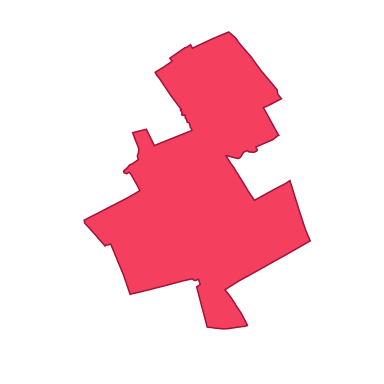 the district of Corni, Galati, Romania, rotated 344°
{"feature_id": "2599482B53256191678615", "entity_name": "Corni", "entity_type": "district", "adm_level": 2, "iso_a3": "ROU", "parent_name": "Romania", "parent_adm1": "Galati", "projection": "natural_earth1", "projection_center": [27.77, 45.857], "detail": "fine", "context": "isolated", "style": "filled", "palette": "rose", "viewbox_px": 384, "rotation_deg": 344, "n_neighbors": 0, "source": "geoboundaries", "source_scale": "gbopen_adm2", "svg_char_len": 3725}
<svg xmlns="http://www.w3.org/2000/svg" viewBox="0 0 384 384"><g transform="rotate(344 192 192)"><path d="M103.3,252.7L103.4,255.1L103.7,260.9L103.9,265.2L104.3,273.4L107.3,273.2L107.9,273.5L113.4,273.7L126.0,274.2L127.0,274.2L131.6,274.3L132.7,274.4L142.7,274.7L157.2,274.9L158.2,274.8L159.0,274.9L159.8,275.0L164.3,275.3L168.4,275.6L168.5,275.6L168.9,276.5L169.5,277.2L170.7,278.0L174.2,277.7L174.4,283.1L170.3,284.5L170.2,291.4L170.1,293.9L169.8,305.1L169.6,316.5L169.4,324.9L169.4,325.7L169.4,326.1L173.7,327.8L175.3,328.6L175.9,328.9L177.3,329.5L179.0,330.2L180.5,330.7L182.5,331.5L184.3,332.2L185.8,332.6L186.4,332.7L187.9,333.1L190.0,333.5L192.1,333.7L194.1,334.0L195.7,334.2L196.4,334.3L197.6,334.4L198.6,334.5L200.0,334.8L201.9,335.1L202.9,335.2L203.9,335.4L205.8,335.6L207.3,335.7L208.5,335.6L208.6,335.4L206.0,322.6L205.7,321.4L203.9,315.9L203.0,313.0L202.3,310.3L200.2,303.6L198.2,298.5L196.7,295.1L206.1,292.3L211.1,290.9L214.2,290.0L215.9,289.7L223.8,287.9L233.6,285.6L253.8,280.8L254.1,280.8L256.2,280.3L268.5,277.4L276.7,275.4L277.0,275.3L291.2,271.8L292.2,271.6L292.0,270.2L290.7,259.5L290.0,240.4L289.7,227.4L289.6,223.4L289.5,216.5L289.3,210.5L289.3,208.8L289.3,208.0L283.6,209.8L278.8,210.7L273.9,211.7L272.4,212.0L270.8,212.4L265.2,213.6L249.7,217.2L247.7,211.0L246.1,206.0L244.8,200.8L244.2,198.7L243.8,197.3L243.2,195.2L242.6,193.1L241.9,190.8L241.1,187.4L240.3,185.3L239.9,183.6L239.1,180.5L238.2,177.9L237.2,175.3L236.1,171.5L235.6,169.8L235.1,168.3L234.6,166.5L235.8,166.8L241.1,170.1L243.4,171.4L244.8,172.2L245.5,172.5L246.3,172.6L247.9,172.1L252.3,168.3L252.8,168.0L253.6,167.8L256.1,167.5L256.5,167.6L257.6,169.0L258.5,169.5L259.7,169.9L262.2,170.8L262.8,170.9L263.5,170.8L265.6,170.4L266.2,170.0L266.3,169.5L265.9,166.9L265.9,166.5L266.2,166.3L270.6,165.7L284.0,164.0L285.2,163.5L285.4,163.4L290.1,161.5L291.1,161.3L290.8,160.9L283.9,130.6L288.2,130.1L288.5,130.1L289.0,130.0L294.5,128.9L300.7,127.6L302.3,127.3L303.0,127.1L303.7,127.0L301.4,121.6L302.0,117.3L299.8,112.1L293.3,97.6L292.6,96.2L291.8,94.4L289.8,88.8L289.7,88.6L285.8,77.7L285.2,76.4L284.5,75.1L282.1,69.9L277.7,60.3L277.5,58.8L276.3,55.9L276.1,55.4L273.1,50.9L271.4,48.3L265.1,49.0L253.0,50.5L232.2,53.8L232.2,53.6L231.9,53.4L231.2,50.0L227.2,51.3L224.8,51.4L224.5,51.5L223.9,51.7L211.9,55.8L207.5,57.3L208.9,60.9L205.4,62.0L198.5,64.3L192.9,65.8L189.6,66.8L190.2,69.7L192.1,74.3L198.3,93.7L198.5,94.2L202.6,105.0L204.5,109.7L204.3,109.7L203.4,110.0L204.4,113.0L203.4,114.6L203.9,115.7L206.4,116.1L206.0,119.5L206.7,120.3L206.7,123.6L208.1,124.5L208.5,126.7L208.2,129.0L209.1,132.3L208.2,132.9L172.7,136.5L168.6,137.0L165.4,119.1L151.3,118.6L151.9,126.6L152.1,128.1L152.7,134.3L152.6,136.1L152.2,137.3L151.7,138.6L151.2,139.7L149.5,142.1L149.3,142.8L149.3,146.1L148.9,146.2L143.1,148.2L141.7,148.6L141.0,148.6L140.1,148.6L139.1,149.0L137.6,150.1L137.2,150.4L136.9,150.6L136.0,151.1L135.6,151.4L135.2,151.7L134.9,151.8L134.1,152.0L133.7,152.2L132.6,152.7L132.2,153.1L131.8,153.6L131.8,153.8L131.9,154.0L132.4,154.7L132.5,154.9L132.5,155.0L132.4,155.1L132.6,155.2L132.8,155.3L133.2,155.7L134.1,156.4L134.5,156.4L134.8,156.4L135.1,156.3L135.4,156.2L135.9,156.0L136.3,155.9L136.8,155.8L137.0,155.9L137.2,156.0L137.3,156.3L137.6,156.5L137.9,157.5L138.5,159.4L140.0,165.6L140.9,169.4L142.4,176.2L135.9,178.0L128.5,179.8L120.1,181.5L105.4,184.4L92.7,187.0L86.8,188.1L80.9,189.3L80.5,189.4L80.5,190.2L80.4,191.3L80.3,192.3L81.3,194.4L81.4,194.5L84.3,200.3L84.3,200.5L87.0,205.9L87.1,206.0L87.5,206.9L89.3,211.0L93.4,219.5L93.5,219.9L94.0,219.6L94.9,219.5L97.3,219.7L99.5,219.7L99.7,221.7L100.2,225.5L100.5,228.3L100.8,230.9L101.4,236.6L102.3,244.0L103.1,251.5L103.3,252.7Z" fill="#f43f5e" stroke="#9f1239" stroke-width="1.5"/></g></svg>